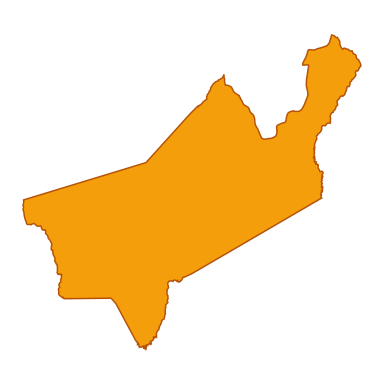 Segovia, Antioquia, Colombia (Equal Earth projection)
{"feature_id": "7082276B19668764793541", "entity_name": "Segovia", "entity_type": "district", "adm_level": 2, "iso_a3": "COL", "parent_name": "Colombia", "parent_adm1": "Antioquia", "projection": "equal_earth", "projection_center": [-74.607, 7.274], "detail": "fine", "context": "isolated", "style": "filled", "palette": "amber", "viewbox_px": 384, "rotation_deg": 0, "n_neighbors": 0, "source": "geoboundaries", "source_scale": "gbopen_adm2", "svg_char_len": 5903}
<svg xmlns="http://www.w3.org/2000/svg" viewBox="0 0 384 384"><path d="M339.8,41.5L337.4,37.4L336.0,37.5L334.4,35.9L333.1,35.3L331.5,35.0L331.3,36.3L329.5,42.4L327.7,45.0L326.7,45.8L323.1,47.1L319.6,48.2L317.9,48.5L314.7,49.9L312.4,50.0L309.6,49.6L308.3,50.0L307.7,51.5L307.0,54.2L305.7,57.7L304.9,58.9L302.9,63.0L302.7,63.9L302.6,64.7L303.1,65.2L307.9,64.8L308.5,65.1L308.6,65.9L306.5,79.7L306.3,84.1L306.4,86.3L307.7,91.9L307.9,94.7L307.5,96.5L304.3,104.7L302.4,108.4L300.6,110.4L299.3,111.1L298.2,111.4L294.8,111.4L293.5,110.8L289.8,111.8L288.1,113.0L287.3,114.4L286.5,117.2L285.7,121.8L283.8,122.8L281.6,123.3L277.3,125.3L276.9,126.0L276.6,127.1L277.0,132.6L276.3,135.0L275.8,136.0L273.6,137.4L271.0,138.4L268.4,138.5L266.5,139.0L263.8,139.2L262.0,138.4L260.9,136.6L257.6,128.7L256.4,126.9L255.5,125.1L254.9,122.9L254.7,119.1L254.2,117.0L253.2,114.9L250.6,112.4L249.8,111.1L249.2,109.1L248.4,107.6L247.0,106.5L244.8,105.5L243.3,104.0L241.4,100.0L240.7,99.2L240.1,97.4L239.3,96.6L239.3,95.7L235.0,93.0L233.7,91.7L231.5,87.2L229.3,85.9L227.4,85.2L225.3,85.0L224.6,82.0L224.6,79.0L224.1,77.6L224.0,74.5L223.0,76.5L222.9,77.5L222.6,77.8L220.9,78.6L220.1,79.4L218.5,79.9L218.1,81.1L216.6,81.3L215.6,81.9L214.5,83.0L213.2,83.8L212.8,84.8L211.6,86.4L210.6,88.1L210.4,90.4L209.3,91.1L208.7,93.0L207.2,94.8L207.0,96.4L206.5,97.1L206.9,99.0L203.0,102.0L202.2,103.2L201.4,103.9L201.0,104.6L198.8,105.6L198.6,105.9L198.5,106.5L198.2,106.8L197.6,106.3L190.2,113.7L146.0,162.6L23.6,199.9L23.7,202.9L23.0,205.0L23.6,207.4L23.0,209.5L23.3,210.7L23.8,211.8L24.3,216.0L25.4,220.0L26.3,222.1L26.4,223.3L26.8,224.0L27.8,224.5L28.5,224.6L29.4,224.3L31.0,224.8L32.0,224.1L33.4,223.5L34.0,223.6L35.5,224.5L36.7,225.9L38.1,226.3L40.5,225.8L41.1,226.6L41.8,228.8L42.7,230.0L43.4,230.2L45.2,229.9L45.5,230.1L45.7,233.7L47.3,235.1L47.8,236.1L48.2,238.1L50.0,240.3L51.8,243.8L51.3,247.3L51.2,249.5L51.6,250.1L52.7,250.1L52.9,252.9L53.2,254.5L53.8,255.9L54.6,257.1L55.0,258.5L54.8,261.3L55.7,262.5L56.2,263.9L57.0,264.5L57.0,265.2L57.4,266.3L57.4,271.4L57.1,272.7L57.7,273.5L58.0,274.4L59.3,274.0L60.1,274.7L60.6,274.7L61.2,274.2L61.7,274.9L61.4,276.2L61.4,277.8L60.7,279.5L60.7,282.1L59.5,283.1L58.9,284.6L59.0,285.4L59.7,287.1L58.9,288.1L58.4,289.1L58.8,291.9L58.7,294.1L59.2,295.1L61.9,297.2L63.0,297.3L62.9,298.0L63.1,298.2L64.1,298.4L64.5,298.7L111.1,298.2L115.9,303.6L135.7,340.5L136.0,340.6L136.7,342.0L137.8,342.4L137.8,343.1L137.4,343.9L137.5,344.6L138.3,344.1L138.3,344.5L138.6,344.7L138.8,344.6L138.9,345.1L139.2,345.5L139.0,346.5L139.5,346.9L139.5,347.3L140.7,346.8L141.3,347.1L141.7,347.1L142.4,346.7L142.4,346.2L143.0,346.2L143.6,346.8L143.5,347.4L143.7,348.1L143.7,348.8L143.9,348.4L143.8,347.8L144.1,347.2L144.4,346.9L144.3,346.1L144.6,346.2L145.0,346.8L145.2,348.0L145.6,348.0L145.4,348.8L145.9,348.7L146.0,349.0L146.1,348.8L145.9,348.0L146.1,347.9L146.3,346.9L146.0,346.1L146.4,346.3L146.5,346.1L146.6,344.9L147.2,344.8L147.8,345.3L147.9,344.7L148.4,344.1L149.4,343.8L150.4,344.1L150.5,344.5L150.9,344.4L150.9,343.9L151.3,343.5L151.0,342.6L150.9,341.8L150.7,341.9L150.9,341.6L150.6,341.6L150.5,341.3L150.9,341.3L152.7,340.5L153.1,340.0L153.4,339.4L153.5,337.1L154.2,337.0L154.8,337.8L155.6,336.6L156.5,337.2L156.4,333.5L156.9,332.0L158.0,330.2L158.8,329.6L159.5,326.3L160.4,325.0L161.6,321.8L161.7,320.8L162.5,319.9L164.0,319.0L164.4,317.6L165.1,314.0L165.5,313.3L165.2,312.2L165.3,309.0L165.8,307.5L165.5,306.5L165.8,304.9L166.2,304.2L167.7,302.8L167.9,302.3L167.3,301.1L167.4,300.1L168.1,298.3L167.8,297.0L168.0,295.9L167.2,294.9L166.8,292.6L167.2,291.4L167.0,289.5L168.0,288.5L168.6,287.3L168.3,286.8L168.2,285.5L167.7,284.7L167.8,283.0L168.3,282.1L169.0,281.5L169.1,281.1L171.2,281.0L171.7,280.8L173.0,281.5L173.6,280.3L174.7,280.0L175.8,280.4L177.1,281.4L177.8,280.4L178.4,281.9L179.2,282.1L181.5,280.3L182.9,277.5L183.2,277.3L183.9,277.3L191.8,273.7L321.7,198.0L321.2,197.4L321.1,196.9L320.9,195.3L321.3,195.3L321.4,195.1L321.1,192.9L321.2,192.4L321.8,192.4L321.7,191.8L322.3,191.5L322.3,190.9L321.7,190.4L322.5,190.1L322.2,189.0L322.6,188.7L322.7,188.2L322.5,187.3L321.9,187.3L321.8,187.2L322.1,186.9L321.7,186.9L322.1,186.3L321.7,186.1L321.5,185.2L322.0,184.4L321.8,183.9L322.3,183.3L321.2,181.9L321.7,181.0L322.2,180.7L321.5,179.4L322.3,178.4L321.6,177.3L321.9,176.9L322.5,177.1L322.8,176.6L322.8,176.1L321.9,175.2L322.4,174.1L322.9,173.5L323.1,172.9L322.4,171.5L321.2,171.4L320.0,171.7L319.4,170.1L318.1,167.9L318.0,166.1L318.3,164.9L317.5,164.7L317.2,164.1L315.8,164.1L315.8,163.6L316.2,162.1L315.1,162.5L314.4,161.7L315.0,161.5L314.4,159.9L315.0,159.8L315.0,159.5L314.6,158.0L313.7,158.0L313.4,157.4L313.7,156.9L314.7,156.8L313.9,154.2L314.6,153.2L314.2,151.2L314.6,150.4L314.2,150.2L313.7,149.2L313.8,148.8L314.0,149.1L314.4,149.2L314.7,148.6L314.9,147.4L314.5,146.2L314.7,143.8L315.4,142.1L315.9,140.4L316.8,139.3L316.5,137.3L316.6,135.8L317.5,135.1L317.8,134.0L318.6,133.7L320.5,131.8L321.4,130.2L321.5,129.3L321.8,128.5L321.6,127.0L322.7,125.6L323.7,125.5L325.0,125.9L326.2,124.6L326.9,123.6L328.3,122.9L330.1,123.3L330.5,121.2L330.2,120.2L330.6,118.5L330.2,116.5L330.3,115.4L331.7,112.7L333.2,112.3L333.7,110.7L335.2,109.4L336.2,106.4L337.5,105.1L337.6,104.6L337.1,102.3L337.1,101.0L337.3,100.5L339.4,98.6L339.5,97.5L340.5,96.8L340.8,96.3L342.2,95.7L342.7,96.2L343.6,95.8L344.7,94.4L345.0,93.9L345.3,92.5L346.1,91.1L346.7,89.0L346.7,87.8L347.3,86.6L348.1,86.4L348.8,86.7L349.2,86.5L349.8,85.1L350.1,82.1L351.6,80.9L352.1,79.4L352.8,79.2L355.4,76.2L355.9,74.9L355.6,73.9L355.5,72.1L355.8,71.1L356.2,70.8L357.6,71.0L358.1,70.6L358.8,69.0L359.3,68.3L359.8,66.9L360.1,66.9L361.0,65.6L360.1,62.7L359.2,61.4L358.9,60.2L356.8,58.6L356.4,57.8L356.1,55.5L354.7,54.1L354.1,54.2L353.3,53.6L352.6,52.3L352.4,51.4L352.1,50.8L350.1,51.0L348.0,49.2L346.9,49.3L345.8,48.5L345.0,48.5L344.4,48.1L344.0,48.1L343.1,49.2L341.8,48.5L340.0,45.2L339.8,41.5Z" fill="#f59e0b" stroke="#b45309" stroke-width="1.5"/></svg>